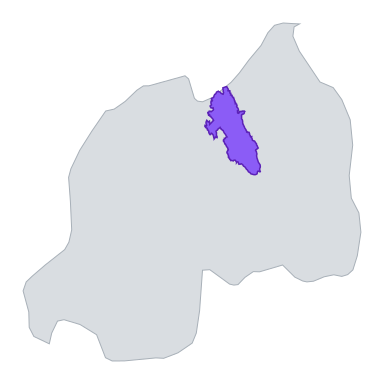 Gicumbi, Northern, Rwanda (highlighted)
{"feature_id": "39286606B99169436422336", "entity_name": "Gicumbi", "entity_type": "district", "adm_level": 2, "iso_a3": "RWA", "parent_name": "Rwanda", "parent_adm1": "Northern", "projection": "natural_earth1", "projection_center": [30.098, -1.619], "detail": "fine", "context": "in_parent", "style": "filled", "palette": "violet", "viewbox_px": 384, "rotation_deg": 0, "n_neighbors": 0, "source": "geoboundaries", "source_scale": "gbopen_adm2", "svg_char_len": 6839}
<svg xmlns="http://www.w3.org/2000/svg" viewBox="0 0 384 384"><path d="M143.4,85.9L148.9,85.8L185.0,75.8L188.6,78.9L194.4,98.3L197.5,101.1L202.5,101.8L212.6,97.4L231.2,82.2L239.3,73.0L248.9,60.0L261.1,45.4L267.9,32.7L274.5,25.3L283.2,23.0L292.9,23.6L299.6,23.9L294.1,26.9L292.9,36.2L299.3,51.1L320.0,82.0L333.2,87.6L341.8,99.6L350.2,119.8L352.7,145.1L349.2,175.5L351.3,198.1L358.9,212.9L360.9,232.2L357.3,255.8L352.9,269.9L347.7,274.6L341.8,276.4L333.8,274.8L324.1,276.8L313.5,281.2L306.9,281.9L302.7,281.0L294.9,277.2L282.6,265.0L259.6,271.8L253.3,271.6L244.9,277.4L238.0,284.6L233.9,285.1L229.6,284.1L209.8,269.7L202.5,270.2L199.6,310.6L196.3,333.1L192.2,343.1L178.0,352.8L163.7,358.3L155.9,357.9L124.5,360.9L112.2,361.0L105.5,357.7L96.6,334.7L80.0,324.5L64.0,319.7L57.5,321.1L51.7,333.1L49.3,343.8L33.9,336.5L29.2,327.4L28.8,312.0L23.1,290.9L26.2,281.9L32.3,276.1L45.2,265.0L64.7,249.6L68.9,242.2L71.7,229.9L70.4,201.4L68.6,177.4L70.9,168.8L79.8,150.2L91.8,131.2L105.7,111.0L114.2,109.1L125.2,101.4L136.9,90.2L143.4,85.9Z" fill="#d9dde1" stroke="#a8b0b8" stroke-width="1"/><path d="M255.7,174.6L257.1,173.8L257.5,171.6L257.8,171.2L258.4,171.1L259.6,171.8L260.1,171.8L260.3,171.6L260.0,170.9L259.6,169.0L260.3,167.1L260.3,166.2L260.1,164.8L258.3,162.1L258.1,161.3L257.5,159.6L257.5,159.3L257.1,158.5L256.9,157.7L256.9,157.4L256.7,156.6L256.6,155.1L256.8,154.8L256.9,153.7L256.6,152.9L256.4,151.7L256.2,151.2L255.9,151.0L255.6,150.6L255.6,150.2L255.7,149.9L256.6,149.3L256.8,149.0L257.4,148.8L258.2,148.0L257.8,147.3L257.3,146.2L257.2,145.7L256.5,144.8L256.5,143.8L255.7,142.8L255.4,142.5L254.8,141.3L254.2,140.9L253.7,140.9L253.1,140.5L252.8,140.5L252.5,140.3L252.3,140.0L252.2,138.9L251.8,138.1L251.6,137.4L251.7,136.8L251.0,137.1L250.5,136.7L250.6,136.3L250.4,136.1L250.4,135.6L249.9,135.1L249.5,134.4L249.6,133.9L249.5,133.4L249.1,132.3L248.7,132.2L247.9,132.5L247.7,132.2L247.4,132.1L247.2,131.7L246.7,131.9L246.7,131.4L246.0,130.2L245.9,129.5L245.5,129.1L244.8,128.1L244.5,127.4L244.4,126.9L243.8,125.9L243.7,125.3L243.4,125.0L243.2,124.5L242.8,123.9L242.8,123.6L242.9,123.3L242.7,123.0L242.6,122.5L242.7,121.8L242.6,121.5L242.6,121.0L242.3,119.8L241.8,119.1L241.5,118.5L241.6,118.1L241.6,116.5L241.4,115.9L241.7,115.4L241.7,114.8L241.9,114.7L242.2,114.3L242.4,114.3L242.8,114.0L243.3,114.1L244.0,113.6L244.1,113.2L244.3,113.0L244.4,112.6L244.3,111.9L244.4,111.4L244.6,111.3L244.2,111.0L243.7,111.1L243.4,111.1L243.2,111.1L242.9,111.0L242.0,111.2L242.0,111.4L240.9,111.4L240.9,111.5L240.4,111.4L239.6,111.7L239.6,111.9L239.4,111.9L239.4,112.3L239.0,112.6L239.0,112.9L238.6,113.0L238.4,113.3L238.0,113.2L237.8,112.8L237.6,112.8L237.5,112.4L237.6,112.0L237.5,111.7L237.6,111.2L237.4,110.8L237.5,110.7L238.2,110.5L238.5,110.7L238.6,110.4L238.0,108.2L236.9,107.2L236.6,106.6L236.7,106.3L237.1,105.9L236.7,105.1L236.8,105.0L236.6,104.1L236.0,103.8L235.8,103.4L235.6,103.4L235.3,103.6L235.1,102.3L235.3,102.2L234.9,101.7L234.7,101.6L234.9,101.0L234.3,100.2L234.3,99.7L234.0,98.8L233.8,98.6L233.8,98.4L233.6,98.3L233.4,98.0L233.5,97.6L233.3,97.6L233.2,97.5L232.8,97.2L232.7,96.8L232.3,96.7L232.0,96.1L232.1,95.4L231.5,95.3L230.8,95.0L231.1,94.7L230.7,93.2L230.2,93.3L230.2,93.1L229.9,92.7L229.7,92.2L229.8,91.4L230.0,91.2L229.9,90.8L229.5,90.6L229.3,90.6L229.1,90.8L228.1,90.9L228.0,90.6L228.2,90.3L228.1,90.1L228.2,89.7L228.2,89.1L227.8,88.4L227.5,88.1L226.9,86.9L226.8,86.7L226.1,86.7L222.9,87.8L223.0,88.5L222.9,89.1L223.3,90.7L223.2,91.6L223.6,92.4L223.4,93.2L223.3,94.0L223.1,94.3L222.7,94.2L222.0,93.7L221.3,93.5L220.7,93.0L220.4,92.3L219.5,91.9L218.5,91.6L218.3,91.2L216.5,92.1L216.2,93.0L215.7,93.8L215.4,94.1L214.8,94.3L214.2,95.3L213.7,97.2L212.7,98.0L212.1,98.1L211.3,98.7L211.9,99.8L211.9,100.1L212.3,100.3L211.8,100.9L211.5,100.9L211.7,101.4L211.2,101.5L210.9,101.8L211.0,102.8L210.9,103.0L211.4,104.4L211.5,104.9L210.9,105.3L210.6,105.4L210.3,105.7L210.1,106.0L210.2,106.3L210.4,106.9L210.7,107.1L210.8,107.5L211.0,107.9L211.8,107.8L212.2,107.9L212.3,108.1L213.1,107.8L213.5,109.5L213.2,110.2L212.5,110.5L212.1,111.0L211.3,111.7L210.8,111.7L210.3,111.2L210.1,111.1L209.1,111.2L208.7,112.2L208.7,112.6L208.2,112.9L207.8,112.7L207.8,113.0L208.3,114.0L208.4,114.5L208.6,114.8L208.6,115.3L209.2,115.5L209.3,114.6L209.7,114.9L209.7,115.5L209.9,116.1L210.1,116.1L210.4,116.4L210.8,116.4L211.2,117.4L211.6,117.6L211.9,118.0L212.5,118.6L213.3,119.7L213.8,121.0L213.6,120.8L213.4,120.9L212.7,121.0L211.9,122.2L209.7,124.4L209.7,123.1L209.5,121.1L208.2,122.0L206.8,120.3L206.3,121.3L206.0,122.4L206.1,123.6L206.4,124.7L206.7,125.3L206.6,125.6L206.2,126.1L205.7,125.8L205.5,125.7L205.6,126.0L205.7,126.5L204.9,126.2L204.9,126.4L206.0,127.8L206.6,128.1L206.9,128.1L207.2,128.4L207.2,128.9L207.5,129.2L207.3,129.4L207.3,129.8L207.9,130.3L208.0,130.3L208.2,130.6L208.6,130.9L208.9,132.3L208.8,132.6L209.5,134.0L210.0,134.6L210.4,134.4L210.6,134.5L210.7,134.3L210.7,134.0L211.1,133.7L211.3,133.2L212.0,133.5L212.3,133.9L212.5,134.1L212.8,134.6L213.2,135.0L213.5,136.3L213.7,136.9L213.7,137.4L213.9,138.1L214.2,138.4L214.2,138.9L214.7,138.3L215.4,137.0L216.0,137.3L216.3,137.2L216.6,137.5L217.1,137.6L217.1,136.6L216.9,136.4L216.9,136.1L216.4,135.3L216.5,134.0L216.4,133.7L216.5,133.4L216.6,133.0L216.1,131.9L216.0,131.4L216.3,130.7L217.5,130.1L217.6,129.6L218.0,129.0L218.4,128.9L218.8,128.6L218.9,128.3L219.6,128.0L220.1,127.4L220.8,128.7L221.1,128.8L221.1,129.1L221.4,129.2L221.5,129.5L222.1,129.8L222.4,130.2L223.2,130.5L223.5,131.5L224.6,133.5L225.4,134.2L226.2,135.8L227.0,136.9L226.2,137.1L225.5,137.8L225.1,138.3L224.8,138.5L224.4,138.4L224.4,138.7L224.6,138.8L224.4,138.9L224.0,139.5L223.5,139.8L223.4,140.4L223.8,140.8L223.9,141.0L223.7,141.3L224.0,141.4L224.0,141.6L224.3,142.5L224.7,143.3L224.8,143.9L225.4,144.0L225.5,144.5L225.9,144.9L225.9,145.2L226.3,145.7L226.5,146.6L226.9,147.0L227.4,147.3L227.5,147.8L227.8,148.1L227.8,148.6L227.9,149.1L228.2,149.2L228.3,149.6L228.2,149.7L228.1,150.1L227.8,150.3L227.9,150.6L227.7,150.9L227.1,151.4L227.1,152.1L226.9,152.6L227.0,152.9L227.4,153.4L227.5,153.4L227.7,153.7L227.6,153.8L227.9,154.1L228.0,154.8L228.3,155.2L228.4,155.9L228.7,156.3L228.6,156.7L228.3,157.0L228.4,157.3L228.5,157.5L228.9,157.7L229.0,158.0L229.4,158.3L229.6,158.7L229.5,158.8L229.9,159.3L229.9,159.5L230.3,159.8L230.6,159.8L230.8,160.1L230.8,160.4L231.0,160.3L231.3,160.5L231.9,160.5L233.2,160.9L233.4,160.9L233.7,160.3L234.0,160.2L234.7,160.1L235.1,160.3L235.4,160.3L236.0,161.4L236.5,161.7L236.5,162.6L236.7,162.3L237.3,161.8L238.1,162.0L238.7,164.0L239.0,164.3L239.6,164.1L240.1,164.2L240.5,164.2L241.1,163.7L241.7,163.9L242.1,164.3L242.5,164.8L243.1,165.1L243.3,165.8L243.6,166.2L244.7,166.7L245.7,168.1L246.0,168.3L246.3,169.1L247.2,169.8L248.0,170.9L248.3,171.6L248.7,172.0L249.9,172.5L250.6,173.6L251.1,173.9L253.6,174.6L254.7,174.7L255.7,174.6Z" fill="#8b5cf6" stroke="#5b21b6" stroke-width="1.5"/></svg>